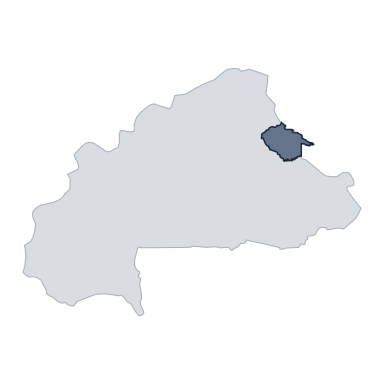 Yagha, Yagha, Burkina Faso shown in context
{"feature_id": "67063806B32901667163906", "entity_name": "Yagha", "entity_type": "district", "adm_level": 2, "iso_a3": "BFA", "parent_name": "Burkina Faso", "parent_adm1": "Yagha", "projection": "mercator", "projection_center": [0.619, 13.408], "detail": "fine", "context": "in_parent", "style": "filled", "palette": "slate", "viewbox_px": 384, "rotation_deg": 0, "n_neighbors": 0, "source": "geoboundaries", "source_scale": "gbopen_adm2", "svg_char_len": 7558}
<svg xmlns="http://www.w3.org/2000/svg" viewBox="0 0 384 384"><path d="M297.4,247.5L286.4,248.0L282.4,249.2L280.0,249.2L279.9,248.2L279.6,247.6L265.7,244.2L256.0,242.2L246.1,240.0L245.6,242.0L244.2,243.4L242.0,243.5L240.6,243.2L239.6,244.8L237.9,246.9L235.6,247.9L233.4,249.2L232.1,250.4L231.2,250.4L229.0,247.7L226.0,247.4L220.4,247.9L217.9,247.1L214.4,246.8L206.3,247.3L193.3,246.2L191.2,246.8L190.6,247.3L177.8,247.5L163.6,247.6L151.8,247.7L141.4,247.8L141.4,247.4L138.1,247.3L137.7,248.2L134.8,259.0L134.4,264.9L136.0,268.6L137.8,270.9L139.7,271.9L139.9,273.2L138.4,274.9L138.5,276.6L140.3,278.4L140.8,280.3L139.8,282.3L140.1,287.1L141.5,294.6L141.5,299.4L140.2,301.7L140.8,305.5L143.4,310.9L143.8,313.1L142.9,314.2L140.8,315.6L138.6,315.5L136.1,312.3L135.0,310.8L133.0,307.5L131.3,304.2L129.0,302.8L126.7,301.4L123.9,297.2L121.3,295.2L118.4,295.8L114.3,295.0L106.0,293.9L97.0,294.2L93.3,295.2L89.7,296.7L80.4,300.1L76.7,301.8L73.9,306.0L70.8,305.9L67.6,304.6L65.6,302.6L61.4,303.1L57.3,301.2L53.3,297.5L50.4,296.3L46.7,293.7L45.7,288.6L43.3,285.1L41.1,280.2L37.9,278.0L34.2,276.8L29.1,277.0L25.7,275.1L23.0,272.2L23.7,269.7L24.9,266.1L25.1,262.7L25.9,257.2L25.4,250.2L24.5,245.4L27.3,243.4L30.6,241.6L32.6,238.3L34.7,230.9L35.6,224.5L34.9,222.1L33.9,220.2L33.0,217.5L32.5,214.1L33.1,211.1L35.6,208.4L38.7,206.2L40.9,205.1L46.7,203.9L54.0,202.2L58.2,200.3L61.3,198.4L63.0,196.9L64.8,193.7L67.6,191.3L69.8,188.9L70.1,182.1L70.1,178.2L68.5,176.1L67.6,174.3L78.4,168.9L78.5,165.2L77.0,161.0L74.9,157.6L74.1,154.7L77.1,151.2L79.7,148.7L81.7,146.5L85.9,143.1L90.4,142.3L94.4,143.5L106.2,151.4L108.3,151.9L110.7,151.3L113.9,149.2L117.9,147.6L119.4,142.3L119.3,134.6L120.2,131.0L122.3,130.4L129.2,131.8L130.9,131.9L132.9,131.4L134.4,130.1L134.3,127.6L134.0,125.4L136.2,118.1L140.3,112.7L148.5,106.0L151.0,104.6L154.0,103.9L168.7,108.6L171.1,107.4L174.7,95.9L178.7,94.8L183.4,94.6L186.5,93.6L188.2,92.8L195.1,88.4L207.5,82.4L214.1,79.8L215.4,78.9L220.2,74.6L226.5,69.8L230.5,68.8L236.0,68.4L239.5,69.2L240.5,70.6L241.6,71.3L248.9,69.2L259.2,72.5L268.2,75.8L267.6,77.8L267.6,81.5L266.8,87.2L265.9,94.1L269.6,98.5L274.1,103.3L275.3,105.2L274.1,109.9L274.9,112.6L277.3,117.2L281.2,123.0L285.3,129.0L288.2,129.8L290.9,130.3L292.5,131.4L294.9,132.4L297.3,133.1L299.4,134.4L300.7,135.7L302.4,139.4L307.0,141.8L310.2,144.2L308.9,145.4L304.9,144.9L301.1,143.9L300.6,145.7L300.5,152.4L301.1,158.1L302.0,158.8L305.8,159.8L314.8,167.2L323.0,174.1L325.8,175.9L330.3,176.5L335.4,176.8L337.5,176.2L342.5,172.7L345.1,172.3L347.5,172.4L348.8,173.0L351.2,175.8L353.4,180.1L354.0,183.3L353.8,185.0L353.0,185.6L349.0,186.4L347.3,187.1L346.8,188.0L347.5,190.1L348.2,191.5L352.6,197.7L359.0,206.0L361.0,208.1L359.9,210.6L356.6,217.1L354.2,219.8L343.5,229.0L338.3,227.9L327.3,229.8L325.6,227.7L323.0,227.4L319.9,227.8L318.7,228.6L318.4,229.5L317.2,230.7L315.2,234.4L313.6,235.3L311.7,235.9L309.3,235.8L307.9,236.3L307.8,238.1L307.4,239.6L305.8,240.4L305.1,242.2L305.2,243.9L304.3,244.7L302.2,244.3L301.0,243.8L299.8,246.0L298.4,247.5L297.4,247.5Z" fill="#d9dde1" stroke="#a8b0b8" stroke-width="1"/><path d="M284.3,161.2L284.6,161.0L284.6,160.9L284.8,160.8L284.8,160.7L285.0,160.5L285.0,160.3L285.0,160.2L285.3,160.1L285.5,160.1L285.8,160.1L286.0,160.0L286.0,159.9L285.9,159.9L285.9,159.7L286.0,159.6L286.3,159.7L286.5,159.7L286.6,159.9L286.6,160.0L286.7,160.3L286.8,160.6L286.7,160.7L286.8,160.7L286.8,160.8L287.4,160.7L287.5,160.7L287.7,160.4L287.6,160.2L287.7,159.9L287.7,159.7L287.8,159.8L287.9,159.7L288.0,159.8L288.2,159.6L288.3,159.6L288.4,159.8L288.3,160.2L288.3,160.3L288.5,160.4L288.5,160.5L288.8,160.6L289.0,160.7L289.4,160.5L289.5,160.6L289.8,160.6L290.0,160.3L290.3,160.2L290.5,160.2L290.7,160.3L291.0,160.4L291.2,160.5L291.4,160.6L291.5,160.6L291.7,160.8L291.9,160.8L292.0,160.7L292.1,160.4L292.2,160.2L292.1,159.9L292.0,159.6L291.9,159.5L291.9,159.4L291.9,159.1L291.9,158.8L292.2,158.8L292.3,158.9L292.4,158.7L292.5,158.7L292.7,158.8L292.9,159.0L292.9,159.3L293.0,159.4L293.1,159.5L293.3,159.7L293.4,159.8L293.5,159.8L293.6,159.7L293.7,159.8L293.8,159.8L293.8,159.7L294.0,159.6L294.3,159.4L294.4,159.5L294.5,159.5L294.6,159.4L294.8,159.2L295.0,159.1L295.0,158.9L294.9,158.8L294.7,158.8L294.6,158.5L294.6,158.4L294.7,158.2L294.8,158.1L295.1,158.0L295.3,158.0L295.5,158.0L295.7,158.3L295.9,158.4L296.0,158.4L296.3,158.3L296.4,158.2L296.6,158.2L296.7,157.8L296.6,157.5L296.6,157.4L296.8,157.4L296.9,157.6L297.0,157.6L297.3,157.4L297.4,157.2L297.5,157.1L297.6,156.9L297.8,156.8L297.9,156.7L298.0,156.7L298.3,156.5L298.4,156.4L298.5,156.4L298.8,156.4L299.2,156.2L299.3,156.3L299.7,156.3L299.9,156.2L300.0,156.2L300.0,156.3L300.2,156.2L300.4,156.2L300.6,156.2L300.9,156.2L301.1,156.2L301.3,156.2L301.3,155.2L301.3,154.0L301.3,151.0L301.3,148.4L301.3,146.1L301.2,145.7L301.3,143.6L301.6,143.5L302.4,143.6L302.9,143.8L303.9,143.7L304.4,143.9L306.7,145.3L306.9,145.2L307.1,145.3L307.3,145.1L307.8,145.4L308.0,145.3L308.1,145.5L308.8,145.7L309.3,145.7L309.6,145.8L309.9,145.6L310.2,145.2L310.2,144.7L310.4,144.6L310.3,143.5L310.4,143.3L310.7,143.2L311.0,143.3L311.3,143.6L311.3,144.1L311.5,144.6L312.1,145.0L313.6,144.5L313.7,144.4L313.6,144.2L311.9,142.7L311.1,142.9L310.8,142.8L309.8,142.5L308.5,142.1L308.3,141.8L307.5,141.7L305.4,139.7L304.5,139.6L303.4,138.7L302.2,138.5L301.9,137.1L302.3,136.6L302.1,135.8L301.9,135.4L301.6,135.1L301.2,134.6L300.5,134.6L299.9,134.4L299.0,133.7L297.9,133.0L297.7,132.7L295.1,132.5L294.3,132.7L292.3,131.7L292.2,130.7L292.4,130.3L293.0,130.2L291.9,129.5L286.1,129.5L285.4,129.2L284.8,128.7L284.6,128.3L284.5,127.8L285.5,126.7L285.6,126.3L285.6,126.0L285.4,125.8L285.4,125.7L285.4,125.4L285.1,125.4L285.1,125.7L284.6,125.6L284.1,125.3L283.9,125.0L283.8,124.4L283.6,124.2L283.0,123.8L282.6,123.6L282.5,123.4L282.0,123.3L281.6,123.0L281.5,122.7L281.2,123.1L280.9,123.5L280.7,124.1L280.4,124.6L280.2,125.0L280.0,125.3L279.9,125.4L279.6,125.5L279.2,125.5L278.7,125.6L278.2,125.6L277.9,125.5L277.6,125.4L277.3,125.5L277.0,125.6L276.8,125.7L276.7,125.8L276.7,126.0L276.6,126.3L276.5,126.5L276.2,126.8L275.8,127.1L275.1,127.3L274.2,127.2L273.9,127.2L273.7,127.1L273.3,126.8L273.1,126.7L272.9,126.7L272.7,126.7L272.3,126.7L271.6,126.8L270.7,127.2L269.6,127.7L269.4,127.9L269.2,128.1L268.7,129.1L268.5,129.5L268.4,129.7L268.3,130.0L268.2,130.1L267.7,130.1L266.8,130.1L266.6,130.1L266.4,130.2L266.2,130.3L266.2,130.5L266.1,130.8L266.0,131.0L265.9,131.1L265.7,131.2L265.7,131.3L265.4,131.5L265.3,131.8L265.2,131.8L264.8,132.1L264.7,132.2L264.5,132.3L264.4,132.5L264.2,132.5L263.8,132.7L263.3,133.0L262.9,133.1L262.7,133.3L262.4,133.5L262.1,133.8L261.8,134.4L261.6,134.6L261.7,134.8L261.8,134.9L261.8,135.0L261.8,135.3L261.8,136.1L261.8,136.3L261.7,136.9L261.4,137.3L261.4,137.5L261.4,137.8L261.5,138.0L261.7,138.5L261.8,138.6L262.2,138.6L262.4,138.6L263.1,138.4L263.4,138.3L263.5,138.8L263.7,139.5L264.5,141.5L264.7,142.1L265.3,143.2L266.3,144.8L266.4,145.0L266.6,145.2L268.8,146.7L268.8,146.9L268.8,147.2L268.8,147.3L269.1,147.4L269.3,147.6L269.5,148.0L269.3,148.3L270.2,149.9L271.1,149.9L273.2,150.7L277.1,152.2L277.2,152.3L277.7,154.2L278.1,154.3L278.6,154.4L279.2,154.5L279.5,154.7L279.7,154.8L279.8,155.0L280.0,155.3L279.8,155.5L279.9,155.8L279.9,156.1L280.0,156.4L280.1,156.7L280.3,156.9L280.6,157.4L280.7,157.5L280.8,157.6L281.0,157.6L281.4,157.9L281.5,157.9L281.7,158.0L281.8,158.0L282.0,158.1L282.4,158.3L282.6,158.4L283.0,158.4L283.1,158.5L283.3,158.7L283.3,158.9L283.4,159.0L283.4,159.3L283.4,159.7L283.5,160.2L283.5,160.3L283.6,160.5L283.9,160.9L284.1,161.0L284.3,161.2L284.3,161.2Z" fill="#64748b" stroke="#1e293b" stroke-width="1.5"/></svg>